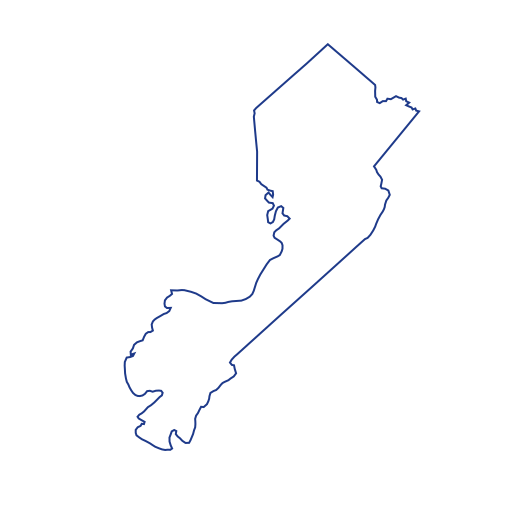 Marapanim, Pará, Brazil, rotated 214°
{"feature_id": "56859067B57853854676619", "entity_name": "Marapanim", "entity_type": "district", "adm_level": 2, "iso_a3": "BRA", "parent_name": "Brazil", "parent_adm1": "Pará", "projection": "robinson", "projection_center": [-47.711, -0.8], "detail": "fine", "context": "isolated", "style": "outline", "palette": "blue", "viewbox_px": 512, "rotation_deg": 214, "n_neighbors": 0, "source": "geoboundaries", "source_scale": "gbopen_adm2", "svg_char_len": 3480}
<svg xmlns="http://www.w3.org/2000/svg" viewBox="0 0 512 512"><g transform="rotate(214 256 256)"><path d="M175.3,354.7L175.8,359.7L175.8,363.8L176.1,366.3L176.7,368.6L177.8,370.8L179.0,374.9L178.9,378.0L179.3,381.5L182.9,384.3L186.6,384.0L189.7,382.4L191.6,383.5L192.4,385.7L194.1,389.7L197.2,391.4L200.0,392.1L202.6,393.2L204.5,394.7L208.3,396.3L204.1,441.2L201.7,467.1L204.5,466.1L206.4,467.4L208.1,465.1L210.1,466.1L212.8,465.5L215.8,465.0L214.8,468.8L218.0,468.3L219.9,470.2L221.5,467.9L223.7,468.3L225.9,467.3L229.3,466.8L231.9,461.4L235.0,459.9L234.8,457.1L237.5,455.3L238.9,451.9L241.7,451.4L243.1,453.2L246.2,454.7L249.6,459.5L251.3,462.6L252.9,464.4L280.3,467.7L314.9,471.7L321.7,443.5L326.5,425.3L338.6,378.8L339.0,375.6L336.9,373.5L335.7,370.3L327.0,359.6L320.1,351.2L313.4,343.1L297.4,319.1L294.6,319.5L291.8,318.5L288.1,318.5L285.5,318.5L283.6,317.4L280.6,318.2L278.4,319.1L276.1,316.4L275.2,314.1L278.3,314.8L281.1,315.6L282.1,311.8L280.7,308.8L277.1,307.9L275.1,307.5L271.7,309.2L269.3,307.8L268.8,304.5L269.8,302.4L271.0,300.0L269.6,296.2L266.6,292.9L264.8,290.8L262.2,291.1L261.0,293.6L261.4,296.5L263.0,300.0L264.5,304.2L265.0,308.4L263.0,311.4L260.2,311.1L257.9,306.2L255.3,305.3L252.3,306.5L249.0,305.8L249.5,303.2L251.1,298.1L252.3,291.8L253.6,288.6L254.1,285.9L252.8,282.7L250.8,281.5L247.2,281.6L244.0,281.6L242.0,281.2L240.0,279.7L238.1,276.8L237.3,274.2L236.8,270.1L237.8,267.9L240.4,263.8L242.2,260.5L242.5,255.0L242.1,243.2L241.5,237.9L240.8,233.9L238.4,225.9L237.8,222.4L238.4,218.8L240.4,214.6L243.2,210.8L250.6,205.0L253.3,202.4L255.2,200.1L257.7,197.9L265.1,193.2L273.6,192.0L278.8,191.9L284.6,191.4L289.8,190.0L296.3,187.6L298.6,186.2L301.8,183.5L307.2,180.1L304.4,177.6L305.2,174.7L306.5,171.8L306.7,168.3L305.2,165.3L303.3,163.3L300.7,163.1L297.7,165.3L297.1,161.8L298.2,158.7L300.0,156.4L301.8,152.6L303.6,149.0L304.5,146.6L304.9,144.1L304.2,140.9L302.1,138.5L299.8,136.5L301.0,133.9L302.8,132.7L303.9,129.9L303.6,126.5L302.8,122.7L304.5,120.6L306.4,117.9L307.4,114.2L306.4,110.5L306.5,106.6L304.6,104.2L302.4,107.1L302.1,104.3L303.8,101.9L306.4,99.5L305.5,94.8L303.6,91.7L301.3,88.7L298.9,85.5L297.2,83.7L295.3,81.7L292.7,79.4L290.0,78.1L287.4,76.4L284.4,74.9L281.4,73.7L278.3,73.3L275.9,73.8L274.0,74.9L272.1,76.9L271.0,79.6L270.7,83.1L268.6,84.9L265.8,85.7L263.7,88.3L261.2,90.2L259.2,91.2L256.9,90.4L256.1,87.8L257.0,85.2L257.6,81.9L258.4,77.7L259.6,73.6L261.1,70.2L261.4,68.0L261.9,64.5L262.8,61.6L264.0,59.2L264.3,56.5L262.4,55.7L259.1,55.9L255.6,56.2L254.9,54.0L256.9,53.0L256.7,50.6L258.3,47.9L258.5,44.6L256.8,42.1L254.8,40.5L251.3,40.3L248.0,40.3L244.1,40.9L241.2,41.2L238.9,41.4L236.3,41.4L232.9,41.5L229.0,42.3L225.8,43.1L222.8,44.4L220.8,46.1L218.7,47.4L217.9,49.5L220.8,51.3L223.9,53.8L226.2,57.1L227.0,60.5L227.8,63.5L226.5,66.0L224.2,66.3L222.9,63.5L220.0,62.6L217.2,62.4L213.7,61.6L209.9,61.6L207.0,63.7L207.3,66.7L207.9,69.7L208.6,73.2L209.9,76.9L210.6,79.9L212.2,82.7L213.7,84.8L215.4,87.0L216.4,90.2L216.3,93.3L216.8,96.7L217.2,100.3L214.9,101.5L213.8,105.7L214.3,108.9L215.0,111.4L216.2,113.8L217.2,117.0L215.7,120.3L214.1,122.6L213.4,125.6L213.1,129.8L212.7,132.0L211.6,134.1L209.4,137.6L208.6,140.2L207.1,143.7L206.9,147.6L210.6,150.6L213.1,153.1L215.1,152.2L218.0,153.1L218.2,156.5L217.6,160.6L216.6,164.2L213.0,178.8L211.9,183.2L202.5,221.2L191.9,263.3L179.9,311.7L178.0,319.5L175.1,331.0L173.6,333.4L173.0,337.5L173.1,342.7L173.6,346.9L174.4,350.0L175.3,354.7Z" fill="none" stroke="#1e3a8a" stroke-width="2"/></g></svg>